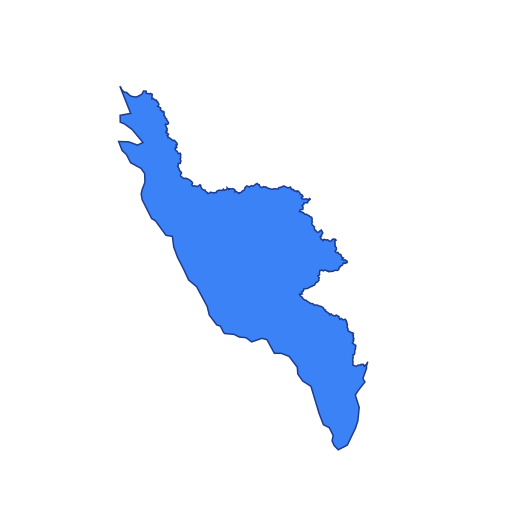 the district of At-Bashy, Naryn, Kyrgyzstan, rotated 246°
{"feature_id": "92254566B65067062849500", "entity_name": "At-Bashy", "entity_type": "district", "adm_level": 2, "iso_a3": "KGZ", "parent_name": "Kyrgyzstan", "parent_adm1": "Naryn", "projection": "orthographic", "projection_center": [76.301, 40.827], "detail": "fine", "context": "isolated", "style": "filled", "palette": "blue", "viewbox_px": 512, "rotation_deg": 246, "n_neighbors": 0, "source": "geoboundaries", "source_scale": "gbopen_adm2", "svg_char_len": 6156}
<svg xmlns="http://www.w3.org/2000/svg" viewBox="0 0 512 512"><g transform="rotate(246 256 256)"><path d="M46.1,262.5L58.2,276.8L64.1,282.1L75.7,288.7L88.6,290.2L92.1,295.6L96.6,304.3L100.6,303.8L108.5,311.4L110.6,312.2L113.9,315.1L112.1,312.9L112.0,312.1L111.1,310.3L111.5,309.8L112.6,310.1L113.5,309.9L113.8,308.5L114.3,308.0L113.9,307.1L114.8,304.9L114.5,303.9L114.5,302.5L117.0,300.1L120.3,301.8L121.6,301.8L123.5,303.4L125.3,303.9L126.3,304.6L126.0,305.6L127.1,306.7L130.0,308.1L130.3,308.8L132.4,310.1L133.1,310.1L133.7,310.8L137.2,308.6L138.4,310.3L139.2,310.9L140.1,310.6L140.2,311.3L141.0,312.0L142.1,311.6L143.6,312.6L144.7,312.3L145.3,313.4L146.6,313.1L147.2,311.8L148.0,311.6L149.1,310.1L149.6,310.3L151.1,309.6L151.8,310.4L154.4,310.4L155.9,311.6L157.9,311.7L158.5,312.1L159.4,311.6L160.3,312.2L162.0,311.7L162.1,309.8L164.5,308.3L164.1,306.9L166.2,306.7L166.8,307.2L169.3,305.4L169.3,304.5L169.0,304.2L169.4,303.3L170.9,301.7L172.5,301.1L172.3,299.4L173.5,299.6L174.2,298.9L175.2,298.7L177.3,297.0L178.3,297.6L179.1,296.6L181.4,296.4L182.1,296.0L183.8,294.6L185.2,292.6L185.9,292.4L187.0,290.7L187.5,289.0L189.3,288.6L190.4,286.7L193.7,284.4L194.9,284.1L195.7,282.8L198.1,281.5L199.5,281.5L201.5,280.3L202.4,280.2L202.8,280.5L203.4,280.2L203.5,280.6L202.7,281.6L202.9,282.2L202.6,282.8L204.5,282.9L204.8,283.6L204.4,284.5L205.0,284.9L205.2,285.5L206.4,286.2L206.6,286.7L205.8,288.2L205.4,290.0L205.7,293.5L205.5,295.0L205.8,295.4L205.6,297.5L207.5,300.3L207.2,301.1L208.2,303.6L209.4,304.0L210.5,305.0L211.6,304.4L212.8,304.6L212.7,305.8L213.3,306.7L214.2,306.7L216.8,308.5L216.3,309.6L216.5,310.3L214.9,311.5L215.3,312.9L214.2,314.3L213.1,314.9L213.2,315.7L211.9,316.2L211.5,318.2L210.7,319.9L210.8,322.4L209.7,324.6L209.9,326.0L211.9,327.5L211.8,328.6L212.4,329.0L212.5,329.8L212.4,330.9L213.0,331.9L213.5,332.1L214.0,333.6L213.0,334.2L212.9,335.3L213.2,335.7L213.0,336.5L213.5,336.4L213.9,337.1L214.7,337.0L215.0,336.4L215.6,336.1L216.0,336.1L216.4,335.6L216.5,334.6L217.9,333.3L218.2,333.4L218.7,335.0L220.1,333.8L222.8,334.1L224.1,332.6L225.9,332.3L225.8,331.8L226.2,331.7L226.6,330.6L228.3,330.2L229.0,332.0L231.2,332.8L232.6,332.2L233.1,332.7L234.2,332.5L234.9,333.4L236.1,333.3L236.6,333.9L237.6,334.0L237.9,335.6L239.1,335.2L239.2,334.6L240.0,334.0L239.8,333.3L240.2,332.5L239.3,331.1L239.4,329.7L239.8,329.0L241.6,328.2L241.9,327.5L241.8,326.9L243.3,325.4L243.5,324.6L242.8,323.9L242.9,323.2L243.7,323.3L245.2,322.3L246.1,322.6L247.0,322.3L247.7,322.8L247.6,324.0L248.4,324.2L249.1,324.9L249.4,326.0L250.3,326.5L253.2,326.2L252.7,323.7L252.2,322.9L252.2,322.4L253.7,321.1L255.1,321.1L255.8,320.2L258.1,320.7L258.7,321.2L261.5,320.1L262.8,320.0L264.1,321.3L264.9,321.2L267.0,322.4L268.8,322.6L270.0,321.2L271.5,320.8L272.5,319.6L273.7,319.1L274.2,317.5L276.4,316.9L276.6,316.2L277.7,315.8L278.8,313.8L280.3,315.2L279.5,317.7L281.3,318.8L283.3,318.7L283.6,320.5L285.0,321.4L283.7,324.8L284.7,325.4L285.8,328.6L286.2,328.6L286.8,328.3L286.4,327.0L286.7,326.1L287.9,325.0L288.2,323.4L289.3,321.5L291.0,321.2L291.0,322.7L291.4,323.2L293.4,322.8L294.3,321.6L295.7,321.7L297.7,321.2L298.6,320.5L298.2,319.4L299.2,319.1L299.6,317.6L300.3,317.2L301.3,317.4L302.0,316.6L302.3,315.5L305.0,315.6L305.2,312.9L308.7,309.9L308.5,309.5L308.5,308.8L308.8,308.5L308.4,306.5L309.0,306.1L309.0,304.1L308.1,303.4L310.2,299.9L310.1,298.9L310.9,296.9L312.1,295.9L312.8,294.7L315.3,293.0L315.5,291.8L316.3,291.2L316.2,289.3L317.0,288.2L318.8,287.7L319.9,287.9L320.9,286.8L321.8,286.6L321.7,284.6L321.0,282.6L321.2,281.5L322.2,280.4L321.8,277.9L323.3,276.7L323.8,275.8L322.9,273.7L321.2,272.3L320.8,271.2L321.0,269.8L320.5,269.3L320.1,267.6L320.6,266.4L320.1,265.8L323.3,264.0L323.3,262.7L325.2,263.6L326.4,262.7L327.1,261.9L327.3,260.7L328.1,259.4L327.9,258.9L328.4,258.7L328.0,258.1L330.0,257.4L329.1,257.1L328.8,255.5L328.9,253.8L330.4,253.5L330.3,253.0L329.5,252.1L331.2,248.9L331.2,247.6L331.1,246.3L330.4,245.8L330.1,245.1L330.7,244.2L330.9,242.9L332.8,240.4L332.4,239.1L332.7,237.3L333.7,237.4L335.5,236.2L337.0,236.3L337.5,235.0L339.7,233.8L342.1,233.8L343.0,234.3L343.9,233.8L343.2,230.9L345.3,228.1L345.3,227.1L345.6,226.7L347.2,226.3L348.3,227.7L349.4,227.7L352.1,226.6L355.0,224.3L355.0,223.7L355.7,223.4L356.1,221.6L359.7,219.6L361.7,220.6L361.7,221.5L362.1,221.7L363.9,221.6L364.7,220.9L368.0,221.3L369.8,220.8L370.1,221.8L371.2,222.1L372.2,222.9L371.4,224.5L373.4,226.1L375.8,226.2L376.2,227.1L378.6,228.0L379.0,228.5L380.8,228.5L381.1,226.6L383.4,226.6L385.9,225.4L387.7,226.3L387.1,227.4L387.4,227.8L389.7,227.9L389.5,228.5L389.6,229.3L391.3,229.7L394.9,228.5L395.2,228.1L395.1,227.2L399.6,224.7L400.0,223.8L400.8,224.2L402.2,223.9L402.3,225.0L402.8,225.6L404.8,224.7L405.0,224.1L406.0,224.0L406.6,224.7L406.3,225.3L406.5,225.8L407.4,225.6L408.0,226.0L408.1,226.6L412.8,226.5L413.3,227.1L412.4,228.2L412.4,229.4L412.6,229.9L413.8,230.3L416.5,229.8L417.6,230.1L419.1,229.3L420.8,229.6L422.0,228.9L423.6,230.2L425.6,230.5L425.7,229.2L426.0,228.9L427.0,229.2L427.9,228.2L428.7,228.1L429.4,228.9L430.3,229.1L431.3,228.1L432.5,227.7L432.7,227.2L433.4,228.5L434.3,229.0L437.2,228.8L437.8,228.3L438.8,228.4L438.8,227.8L439.6,227.1L440.1,227.2L440.9,226.4L441.9,226.1L442.1,224.8L445.9,227.0L446.3,226.7L446.3,226.1L447.4,225.9L447.4,224.8L449.3,221.9L451.2,222.7L452.5,220.4L450.4,217.9L449.8,214.2L450.1,213.7L449.8,212.7L450.1,210.9L452.2,207.6L454.0,206.0L457.7,204.5L458.5,203.8L458.9,202.7L460.7,201.7L463.1,200.9L464.1,201.2L466.5,200.7L437.3,199.5L439.8,189.1L433.5,186.4L430.0,189.7L421.7,194.4L405.7,198.9L405.5,192.9L412.1,186.1L416.5,177.1L406.8,176.6L401.4,178.9L392.2,179.4L382.8,186.6L376.6,187.8L368.5,184.5L363.0,179.0L359.3,176.3L353.6,174.9L332.7,175.9L328.9,178.5L311.5,182.2L307.9,187.6L297.7,184.5L286.5,183.8L274.3,184.5L261.5,184.7L252.1,189.3L229.7,190.9L221.0,189.3L209.0,192.1L206.5,194.9L199.2,195.3L197.9,195.9L193.3,204.1L188.8,207.7L185.4,213.7L179.3,217.1L178.4,227.8L175.1,232.0L159.6,233.2L156.8,239.5L150.9,245.4L137.6,248.5L131.3,246.2L122.8,247.8L114.6,253.2L86.6,249.6L74.4,249.0L69.4,253.1L60.7,253.5L56.1,250.3L51.1,250.3L45.5,252.3L46.1,262.5Z" fill="#3b82f6" stroke="#1e3a8a" stroke-width="1.5"/></g></svg>